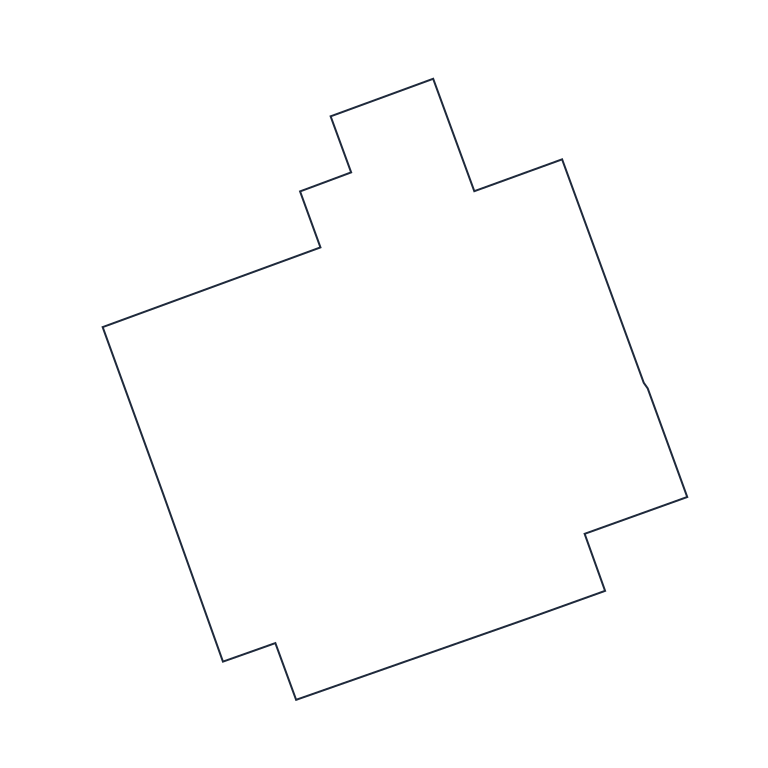 De Baca, New Mexico, United States of America (Equal Earth projection), rotated 340°
{"feature_id": "52423323B76308023983940", "entity_name": "De Baca", "entity_type": "district", "adm_level": 2, "iso_a3": "USA", "parent_name": "United States of America", "parent_adm1": "New Mexico", "projection": "equal_earth", "projection_center": [-104.389, 34.387], "detail": "fine", "context": "isolated", "style": "outline", "palette": "slate", "viewbox_px": 768, "rotation_deg": 340, "n_neighbors": 0, "source": "geoboundaries", "source_scale": "gbopen_adm2", "svg_char_len": 394}
<svg xmlns="http://www.w3.org/2000/svg" viewBox="0 0 768 768"><g transform="rotate(340 384 384)"><path d="M138.9,411.4L137.7,589.8L193.3,590.3L193.4,650.7L437.2,653.6L521.0,654.0L521.3,593.4L630.3,593.9L630.3,478.3L628.5,471.7L628.2,233.8L534.8,233.7L534.6,114.0L425.4,114.2L425.5,173.9L371.0,174.3L371.0,233.9L139.1,234.3L138.9,411.4Z" fill="none" stroke="#1e293b" stroke-width="2"/></g></svg>